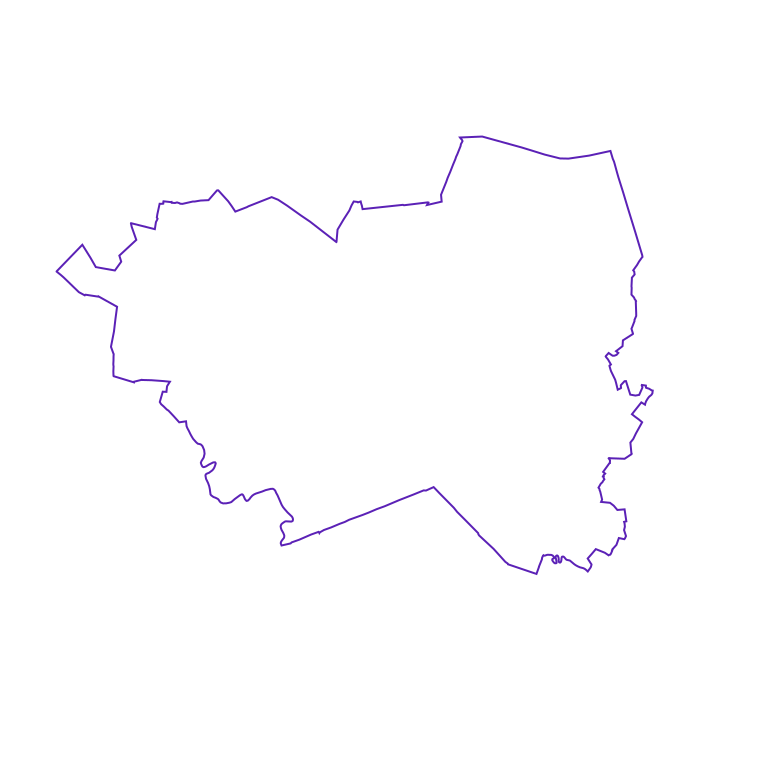 Rikavas pag., Rezeknes, Latvia, rotated 344°
{"feature_id": "27541924B46765973494104", "entity_name": "Rikavas pag.", "entity_type": "district", "adm_level": 2, "iso_a3": "LVA", "parent_name": "Latvia", "parent_adm1": "Rezeknes", "projection": "albers", "projection_center": [27.008, 56.629], "detail": "fine", "context": "isolated", "style": "outline", "palette": "violet", "viewbox_px": 768, "rotation_deg": 344, "n_neighbors": 0, "source": "geoboundaries", "source_scale": "gbopen_adm2", "svg_char_len": 6106}
<svg xmlns="http://www.w3.org/2000/svg" viewBox="0 0 768 768"><g transform="rotate(344 384 384)"><path d="M100.3,185.7L103.4,190.1L105.4,193.2L116.0,211.6L120.8,216.3L121.4,215.9L121.7,215.9L133.7,221.4L133.8,221.2L148.7,236.2L143.8,247.4L138.9,259.1L132.0,272.6L131.8,273.1L132.3,280.3L132.4,280.7L131.6,283.0L130.4,287.0L129.4,289.9L129.1,291.0L128.9,292.5L127.3,297.3L126.2,301.7L126.3,302.0L144.1,313.5L144.3,312.9L152.3,313.2L152.4,313.4L161.6,316.3L172.8,320.4L178.8,322.8L175.1,326.1L174.6,326.9L172.7,331.6L169.2,330.4L163.5,339.5L164.2,342.0L166.0,344.8L168.2,348.7L169.5,350.2L173.0,357.0L176.6,364.4L183.4,365.3L182.6,370.1L182.7,371.1L182.9,372.7L183.5,375.3L184.1,378.9L184.7,381.5L185.4,384.1L187.3,388.1L188.5,390.0L191.0,391.4L191.6,392.1L192.4,393.8L192.9,397.9L192.3,401.6L190.4,405.0L187.2,407.9L186.2,409.3L186.2,410.8L186.6,413.1L187.4,414.1L188.7,414.3L190.4,414.1L193.5,413.2L198.2,412.3L200.0,412.7L200.3,413.2L200.3,414.1L199.1,415.9L197.8,417.6L196.5,418.8L195.1,419.7L191.4,421.1L189.2,421.3L188.1,421.6L187.5,422.1L187.1,422.9L186.8,426.1L187.6,430.7L187.8,434.0L187.6,437.0L186.8,442.3L187.2,443.4L188.9,445.6L190.8,447.0L192.6,448.7L193.1,449.6L193.7,451.6L194.4,452.9L196.4,454.4L199.4,455.2L202.8,455.5L204.7,455.4L208.7,453.5L214.9,451.2L216.4,450.9L217.1,450.9L217.6,451.3L218.0,452.2L218.3,453.8L218.6,456.3L219.3,458.0L219.7,458.5L220.9,458.6L222.9,457.6L224.4,456.4L226.7,455.0L228.8,454.3L230.8,454.0L237.0,453.8L241.0,453.4L246.2,453.6L248.3,454.1L249.2,455.0L249.7,455.8L250.1,457.0L250.3,458.8L251.0,461.8L251.4,464.8L252.3,471.8L253.0,474.5L254.1,477.1L255.9,480.9L258.9,486.0L259.2,487.1L259.3,488.1L259.2,489.0L259.0,489.5L258.6,490.3L258.0,490.6L256.9,490.7L252.3,489.1L251.4,488.9L250.6,489.0L248.2,489.8L246.9,490.4L246.0,491.3L245.4,492.3L245.2,494.0L245.3,495.9L246.1,499.3L246.3,500.9L246.4,502.0L246.1,503.0L245.7,503.9L245.3,504.4L242.7,506.3L241.8,507.1L241.2,507.8L240.8,508.9L241.0,511.0L250.3,511.5L251.5,510.8L259.7,510.3L272.5,508.6L280.4,508.1L280.7,508.7L280.8,509.5L281.5,508.9L286.0,507.8L293.6,507.3L302.7,506.2L308.3,505.8L313.1,504.9L327.1,504.0L333.6,503.4L342.4,502.3L351.0,501.7L366.6,499.8L381.6,498.4L392.8,497.2L395.0,498.0L403.3,496.8L406.3,502.5L406.8,503.5L417.0,522.2L419.0,527.0L424.7,537.3L424.8,537.5L433.4,553.3L433.3,554.5L433.7,555.8L443.9,572.7L451.6,588.4L453.5,590.8L453.5,591.5L478.2,608.6L482.6,602.5L482.6,602.3L487.5,596.0L487.7,595.4L488.1,594.6L489.6,592.8L490.1,592.6L490.3,593.0L490.7,593.2L491.4,593.3L493.7,593.2L494.3,593.3L497.7,594.4L498.8,595.3L499.3,596.2L499.6,597.3L499.5,598.0L499.2,598.4L497.9,598.6L497.5,598.8L497.2,599.6L497.3,600.4L498.1,602.5L499.0,603.5L500.1,603.7L500.7,603.4L500.9,601.4L501.1,600.2L501.1,598.3L501.2,597.8L501.3,597.4L501.8,596.9L502.4,596.6L502.9,596.5L503.4,596.7L503.8,597.4L503.9,599.2L503.6,600.9L503.1,602.2L503.2,603.6L503.6,604.0L504.0,604.2L504.3,604.1L504.8,603.9L505.3,603.4L506.1,601.9L506.6,600.4L507.3,599.3L507.7,599.1L508.5,599.2L509.0,599.5L509.5,600.2L510.6,602.7L511.2,603.4L513.8,604.8L514.2,605.2L517.1,609.5L518.3,611.0L519.9,612.6L521.8,614.2L524.7,615.9L525.9,616.9L527.3,618.8L528.0,620.1L528.2,620.4L531.8,617.5L532.5,616.8L533.7,614.8L533.7,614.4L533.3,613.3L531.7,607.9L537.2,604.4L542.1,601.1L549.8,607.1L552.7,610.6L553.5,610.3L554.5,610.4L555.4,609.6L557.3,607.3L557.2,607.0L558.2,606.0L558.1,605.8L563.1,602.7L567.3,596.8L572.2,599.4L573.0,598.9L574.7,596.9L574.5,590.6L576.2,587.6L576.8,584.5L576.8,582.7L579.1,582.8L580.7,570.8L573.6,569.4L571.3,564.3L568.5,560.5L560.2,557.2L561.8,555.2L562.2,547.0L562.0,545.4L562.2,544.3L561.6,542.8L564.9,539.6L566.9,538.6L567.6,537.8L569.6,536.3L569.2,534.6L569.7,533.6L569.0,533.2L570.0,532.1L571.9,531.1L570.4,528.9L579.2,522.0L579.4,522.1L580.2,519.7L579.5,517.4L579.9,517.2L581.5,517.9L594.7,522.2L602.7,519.6L602.9,519.1L602.7,518.9L604.7,508.2L608.5,505.5L612.5,501.0L621.6,491.9L619.3,488.5L616.3,484.6L614.0,481.4L626.3,472.6L629.2,475.8L629.8,474.7L631.1,472.9L633.6,470.6L635.4,469.3L638.0,468.2L639.4,467.0L640.5,464.4L639.7,464.0L637.5,461.6L634.9,459.9L634.8,459.7L635.3,457.7L631.6,456.0L631.3,456.5L631.5,457.8L631.4,458.7L626.3,464.8L622.5,464.4L617.8,462.1L617.4,447.9L616.0,447.6L611.5,450.3L611.2,450.7L610.8,453.1L610.6,453.3L607.1,453.9L607.4,446.8L607.4,443.6L605.8,434.4L605.7,432.9L605.7,428.8L605.8,428.5L607.5,427.8L606.1,422.1L604.9,419.4L604.7,418.6L605.1,418.2L608.5,416.1L611.0,419.2L611.7,419.9L613.4,420.3L615.6,420.1L617.8,418.7L616.1,416.4L623.7,413.4L623.8,413.2L625.7,407.9L637.1,404.5L637.2,404.3L637.1,399.1L638.1,397.9L642.2,392.5L642.4,391.5L643.8,389.8L645.2,388.1L646.0,385.2L648.9,373.6L649.1,373.6L649.1,373.4L648.3,371.2L648.2,369.8L646.5,366.3L648.6,359.8L648.8,358.4L651.2,351.4L651.6,350.1L655.1,347.8L655.5,344.9L654.9,343.4L660.0,339.4L662.9,336.6L666.8,333.5L667.5,333.1L667.7,331.4L667.4,307.2L666.9,281.9L666.7,265.7L666.3,250.2L666.3,244.8L666.4,236.7L666.4,233.6L666.0,230.6L665.9,222.4L644.2,221.0L623.5,218.2L615.4,215.7L601.6,207.7L590.2,200.2L581.4,194.5L546.6,173.2L525.0,168.0L525.4,169.1L526.1,170.4L526.4,171.6L526.4,172.2L524.0,174.7L523.2,176.4L517.6,183.6L516.0,185.4L514.5,187.6L510.9,192.1L506.1,198.4L502.0,203.4L499.6,206.8L491.0,217.8L489.7,224.6L474.7,223.8L476.7,221.8L476.3,221.5L452.6,217.7L452.3,217.6L451.6,217.0L411.6,210.0L411.9,206.4L411.8,204.4L411.9,202.1L409.0,202.2L408.5,201.6L405.2,200.2L402.0,203.4L398.5,207.7L390.6,214.6L381.9,222.8L377.5,234.3L377.3,234.4L357.7,207.6L350.6,199.1L340.0,185.8L333.0,177.7L327.5,173.4L302.7,175.8L300.9,176.2L288.6,177.3L286.5,170.7L284.6,165.4L278.1,152.2L277.6,152.0L276.8,151.9L272.3,154.8L266.0,158.9L258.3,157.1L252.2,156.4L250.4,155.9L240.0,155.3L237.7,154.5L237.3,153.9L235.1,152.4L233.0,152.4L229.9,151.3L230.0,150.4L229.0,150.3L222.4,147.6L221.9,148.5L221.9,149.0L221.5,149.8L220.3,149.6L218.0,148.9L213.0,158.2L211.5,161.4L211.9,162.7L211.2,163.6L209.4,165.5L206.4,172.0L185.2,159.7L185.0,159.9L184.8,163.5L185.6,177.2L165.0,187.6L165.1,194.0L156.6,200.7L139.2,192.2L136.6,181.6L132.4,167.0L100.5,185.4L100.3,185.7Z" fill="none" stroke="#5b21b6" stroke-width="2"/></g></svg>